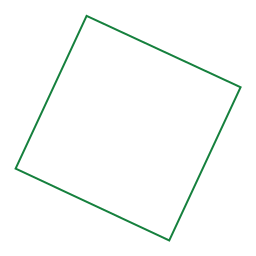 outline of Mahnomen, Minnesota, United States of America, rotated 25°
{"feature_id": "52423323B48035843667000", "entity_name": "Mahnomen", "entity_type": "district", "adm_level": 2, "iso_a3": "USA", "parent_name": "United States of America", "parent_adm1": "Minnesota", "projection": "mercator", "projection_center": [-95.81, 47.326], "detail": "fine", "context": "isolated", "style": "outline", "palette": "green", "viewbox_px": 256, "rotation_deg": 25, "n_neighbors": 0, "source": "geoboundaries", "source_scale": "gbopen_adm2", "svg_char_len": 230}
<svg xmlns="http://www.w3.org/2000/svg" viewBox="0 0 256 256"><g transform="rotate(25 128 128)"><path d="M43.1,43.9L43.3,212.3L212.9,212.5L212.8,43.5L211.9,43.5L43.1,43.9Z" fill="none" stroke="#15803d" stroke-width="2"/></g></svg>